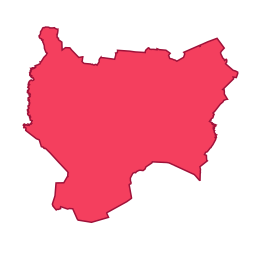 outline of Aizputes pag., Aizputes, Latvia, rotated 185°
{"feature_id": "27541924B9669965867606", "entity_name": "Aizputes pag.", "entity_type": "district", "adm_level": 2, "iso_a3": "LVA", "parent_name": "Latvia", "parent_adm1": "Aizputes", "projection": "orthographic", "projection_center": [21.546, 56.696], "detail": "fine", "context": "isolated", "style": "filled", "palette": "rose", "viewbox_px": 256, "rotation_deg": 185, "n_neighbors": 0, "source": "geoboundaries", "source_scale": "gbopen_adm2", "svg_char_len": 5894}
<svg xmlns="http://www.w3.org/2000/svg" viewBox="0 0 256 256"><g transform="rotate(185 128 128)"><path d="M206.5,220.4L207.0,220.2L208.0,220.4L208.8,220.8L209.6,221.0L210.0,221.5L211.9,221.1L214.8,220.9L215.5,221.4L216.6,221.5L219.2,221.3L220.2,220.6L220.8,220.7L221.7,220.2L222.5,218.0L223.5,216.3L223.4,214.3L223.8,213.1L224.7,211.9L224.4,211.5L224.3,210.7L223.3,209.5L221.9,209.3L221.7,208.1L220.5,208.2L220.7,207.5L220.4,206.2L220.1,206.0L218.6,202.7L218.2,200.0L216.4,196.3L215.5,196.0L215.2,195.5L215.5,195.4L215.5,194.5L215.8,193.6L218.0,191.0L219.8,187.4L220.6,186.1L221.3,186.2L221.0,185.0L221.4,184.1L222.5,183.7L223.7,182.8L224.6,182.6L226.1,181.7L225.2,180.9L225.2,180.5L225.9,180.1L226.2,179.5L226.6,179.8L227.5,179.0L227.7,179.4L227.6,179.7L227.8,179.8L228.7,179.6L228.9,179.3L228.9,179.0L229.9,178.9L229.0,178.0L229.2,177.7L229.8,177.7L229.7,177.0L230.2,176.8L230.1,176.6L230.2,176.1L229.8,176.0L229.9,175.8L229.7,175.8L229.6,175.6L230.6,174.8L230.1,174.5L230.2,174.0L230.5,173.8L230.6,173.4L230.1,172.7L230.5,172.4L230.5,172.1L229.9,171.5L229.6,172.2L229.3,171.7L228.9,171.7L229.2,171.3L229.2,170.9L228.7,170.9L228.6,169.9L228.2,169.9L228.0,170.1L227.5,169.7L227.2,170.0L226.7,169.6L226.6,169.3L226.6,169.0L226.1,168.6L225.9,168.1L226.3,167.4L227.4,166.9L228.4,167.4L228.6,167.3L228.5,167.1L229.2,167.1L229.4,166.8L229.7,166.7L230.1,166.0L230.5,165.7L230.7,164.7L230.9,164.4L230.7,164.2L231.1,163.5L231.1,163.3L230.8,163.3L230.9,163.0L230.2,162.6L231.0,162.3L230.7,161.9L230.9,161.5L230.6,161.4L231.4,159.8L231.1,159.5L230.6,159.7L230.6,159.2L229.9,158.5L230.5,157.1L231.3,156.8L231.3,156.5L230.6,156.1L231.3,155.3L230.9,155.0L231.2,154.5L230.2,154.0L229.7,154.0L229.8,153.4L229.1,153.7L228.9,153.2L228.3,153.2L228.2,152.5L229.2,151.8L229.0,151.2L228.3,151.1L228.2,151.0L228.3,150.7L228.9,150.6L228.9,150.0L229.0,149.7L230.0,149.5L230.1,149.1L230.0,147.9L229.7,147.6L229.8,147.3L229.0,147.5L229.0,147.0L229.4,146.9L229.3,146.5L228.7,146.4L228.9,145.5L228.6,145.0L228.3,145.0L228.2,144.7L228.6,143.8L228.1,143.5L228.5,142.3L228.4,141.9L229.0,142.0L229.5,141.3L229.4,140.5L228.7,139.7L228.9,139.4L228.6,139.1L228.9,138.9L229.1,138.3L229.0,137.5L229.3,137.6L229.8,137.4L229.7,136.8L229.2,136.5L229.4,136.0L228.3,135.3L228.3,134.9L228.5,134.6L229.3,134.2L229.3,133.9L229.1,133.6L229.1,133.1L228.9,132.8L228.9,132.5L227.9,131.8L227.7,131.8L227.5,131.4L227.1,131.3L226.8,131.6L226.7,131.1L227.1,130.7L227.0,130.2L226.3,131.0L226.1,130.8L226.0,130.3L226.4,130.1L226.5,129.5L226.2,128.6L226.2,127.5L226.0,127.3L224.2,127.0L224.9,124.4L225.4,123.8L224.6,123.8L224.9,123.4L225.8,123.2L226.2,122.8L227.9,123.2L227.8,122.8L227.4,122.4L226.9,122.3L226.8,122.0L228.8,121.9L229.4,122.4L230.0,122.6L230.9,121.4L231.1,121.4L231.5,122.6L231.7,122.9L232.1,122.6L232.6,121.7L232.4,121.5L231.6,121.6L231.6,120.9L231.8,120.2L231.6,119.9L231.9,119.3L231.7,119.1L230.8,119.4L229.8,119.2L229.5,118.0L229.8,117.4L229.7,116.7L229.1,116.5L229.0,116.2L218.3,109.3L215.4,108.5L212.7,101.9L210.4,101.4L210.1,100.6L209.4,100.3L208.5,100.5L206.9,99.3L203.5,96.5L193.9,87.7L184.5,79.3L183.7,78.2L183.9,78.0L183.9,75.3L183.6,74.4L184.2,74.2L187.2,67.8L194.9,67.0L194.8,54.3L195.1,52.7L196.7,45.7L196.6,45.1L195.8,43.5L195.6,43.5L195.0,42.7L192.4,40.1L191.6,40.8L190.4,40.8L188.1,41.8L188.4,43.2L188.2,43.8L181.1,42.0L179.3,42.7L176.0,42.7L170.7,33.0L169.7,31.9L156.1,30.9L139.6,37.3L141.7,41.1L141.7,41.8L122.8,54.5L118.4,58.3L118.4,58.7L121.9,71.5L121.6,72.1L120.4,72.6L120.2,73.1L120.2,73.7L121.0,75.8L121.3,78.4L119.3,83.2L117.9,84.2L116.5,84.1L115.7,85.3L113.3,86.8L111.8,87.0L109.3,86.9L107.6,88.4L106.7,90.9L101.1,95.4L100.8,96.4L86.2,97.0L84.0,96.8L58.1,87.5L56.7,86.4L52.6,82.4L52.1,82.1L51.7,82.2L52.1,88.4L52.0,90.4L52.2,90.8L52.2,93.1L53.0,95.7L46.1,102.2L46.7,102.6L47.1,104.4L47.5,107.6L49.5,108.2L48.6,110.5L46.9,111.3L44.4,115.2L43.6,115.8L43.4,116.5L42.0,118.8L39.8,123.9L39.5,125.5L39.9,125.7L39.8,126.0L40.2,126.3L39.3,126.6L39.5,126.9L39.4,127.3L39.7,128.0L40.0,128.4L39.7,128.6L40.0,128.7L39.5,129.0L39.8,129.1L40.1,129.4L40.4,129.3L40.5,129.8L41.5,130.9L41.9,132.6L41.5,133.0L42.1,133.5L42.3,134.1L42.5,134.0L42.6,134.5L42.9,134.5L43.0,134.8L43.0,135.9L42.5,135.4L41.9,135.3L41.8,135.9L42.0,136.9L40.7,137.7L40.6,138.1L40.3,138.2L41.1,138.3L40.6,138.7L41.8,139.1L42.7,138.4L43.0,138.4L43.1,138.6L43.0,139.1L43.2,139.6L43.5,139.6L43.9,139.0L44.1,138.9L44.7,139.5L44.3,140.2L44.4,140.4L45.0,140.7L45.4,140.7L45.8,141.1L46.7,141.3L47.0,141.8L47.3,141.8L46.7,143.0L46.0,143.2L46.2,143.6L45.9,143.9L45.7,144.7L44.4,145.5L44.0,147.1L44.2,147.9L43.6,148.4L43.4,149.1L43.7,149.5L44.3,149.8L44.6,150.4L43.1,152.1L38.0,160.0L37.4,160.5L35.6,162.4L35.1,163.8L32.8,165.0L31.4,165.3L35.0,170.2L35.2,172.7L35.6,174.5L36.0,174.3L37.0,174.6L27.1,186.2L27.7,187.9L24.5,187.7L23.4,191.9L23.6,193.2L25.7,194.1L28.4,194.7L36.4,200.5L35.4,202.3L35.5,204.3L36.2,205.0L37.7,203.7L38.5,205.1L39.6,205.8L41.9,209.7L42.4,211.0L41.7,212.6L39.1,216.0L47.1,225.1L55.9,220.9L63.0,217.0L63.1,215.7L63.4,215.5L64.0,216.5L79.0,208.3L78.2,207.7L78.2,206.8L78.0,206.2L78.8,203.2L85.2,198.8L87.1,199.8L88.7,200.0L89.7,200.5L92.5,200.9L93.9,204.0L92.5,206.1L97.0,208.8L103.7,208.8L106.0,209.5L105.9,208.5L109.5,208.6L112.3,208.3L113.3,208.6L114.3,209.7L114.9,209.5L117.0,207.2L117.5,205.7L117.4,204.7L127.5,204.4L133.0,204.7L145.2,204.5L145.1,204.1L145.2,202.1L146.9,201.6L146.5,200.7L146.7,198.8L147.3,195.3L157.8,195.8L161.0,195.8L161.1,196.2L162.2,194.6L162.6,193.7L162.7,193.0L162.5,191.4L164.3,187.9L165.5,188.6L166.3,188.4L166.8,187.9L168.1,187.8L168.9,188.4L170.0,188.1L170.8,188.5L177.1,188.5L177.8,188.7L179.6,190.2L179.4,191.3L179.3,194.6L179.1,194.9L179.3,195.0L183.2,194.0L190.9,200.7L192.9,202.8L197.3,202.6L200.4,199.9L201.4,207.8L204.6,209.7L205.0,210.1L205.1,211.4L206.4,211.9L206.8,214.2L206.6,215.3L206.8,215.3L206.4,216.3L206.3,219.0L206.5,220.4Z" fill="#f43f5e" stroke="#9f1239" stroke-width="1.5"/></g></svg>